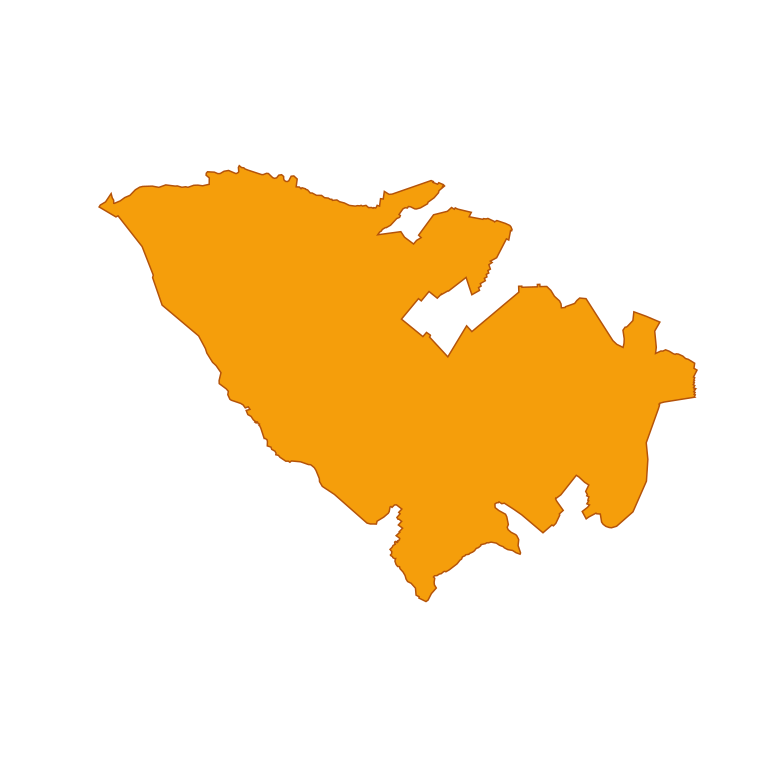 Tepeaca, Puebla, Mexico, rotated 279°
{"feature_id": "50627088B65762611280568", "entity_name": "Tepeaca", "entity_type": "district", "adm_level": 2, "iso_a3": "MEX", "parent_name": "Mexico", "parent_adm1": "Puebla", "projection": "robinson", "projection_center": [-97.879, 19.018], "detail": "fine", "context": "isolated", "style": "filled", "palette": "amber", "viewbox_px": 768, "rotation_deg": 279, "n_neighbors": 0, "source": "geoboundaries", "source_scale": "gbopen_adm2", "svg_char_len": 6159}
<svg xmlns="http://www.w3.org/2000/svg" viewBox="0 0 768 768"><g transform="rotate(279 384 384)"><path d="M497.3,538.6L502.5,534.2L505.8,529.5L504.6,522.8L506.8,522.3L506.3,519.9L504.0,520.4L501.1,505.1L502.2,504.8L501.6,501.7L495.8,502.8L449.5,462.6L454.4,456.5L420.8,442.8L437.5,421.6L439.0,422.3L439.6,422.0L441.6,417.9L436.9,415.0L450.8,391.1L473.7,404.7L471.9,407.8L482.4,414.0L477.1,423.2L481.7,426.5L481.3,426.7L485.9,432.5L485.9,433.2L502.1,448.4L485.9,456.8L491.4,463.7L494.0,462.3L495.9,464.6L498.2,463.4L501.9,467.9L504.1,466.6L505.9,468.9L508.3,467.9L510.0,470.1L512.3,468.8L514.1,471.1L518.3,468.9L520.9,471.8L522.0,469.8L526.3,475.5L546.5,482.2L545.7,484.7L555.4,485.0L555.3,486.1L556.6,486.3L559.2,484.7L560.3,483.4L561.6,478.8L563.1,469.9L561.4,467.8L561.9,467.3L563.8,460.7L563.0,459.0L562.9,456.3L562.1,455.9L562.5,441.9L567.2,443.4L568.3,429.4L569.1,426.8L567.6,426.1L568.9,423.1L564.5,419.6L558.9,406.5L536.4,394.9L534.4,397.8L530.9,393.7L526.9,391.3L532.2,381.3L537.1,376.8L530.4,354.4L533.5,356.0L534.7,357.5L536.3,358.1L538.6,360.7L538.8,361.8L541.8,365.6L549.4,370.7L551.0,373.3L552.9,373.8L553.8,372.3L559.9,375.3L561.4,377.2L561.5,379.6L563.1,380.3L563.2,382.5L561.8,386.9L561.9,388.5L563.7,392.5L568.8,398.8L570.4,399.0L575.8,404.4L581.4,407.9L583.6,408.1L589.6,413.3L587.9,410.9L590.2,411.5L591.4,406.6L589.7,405.7L590.8,400.8L591.7,401.1L592.3,398.7L572.8,362.3L572.1,359.3L574.3,354.2L566.6,354.3L566.5,351.6L559.0,351.8L559.4,349.3L557.0,348.6L556.5,348.1L556.6,346.3L555.9,345.8L556.4,344.0L555.8,341.2L557.6,338.3L556.4,334.9L556.9,333.4L556.2,332.3L556.0,329.8L555.2,327.9L555.0,321.8L556.6,316.5L557.1,311.6L558.4,308.7L557.3,304.3L558.3,303.6L558.0,302.0L558.9,299.9L558.7,296.2L560.5,292.8L559.8,287.8L561.4,283.2L561.1,281.3L563.7,278.2L564.0,276.3L564.5,276.0L565.0,272.3L563.9,271.5L565.3,269.6L565.0,266.4L572.9,266.2L575.4,262.4L574.7,259.8L569.9,258.2L568.9,257.0L568.7,255.3L569.6,253.6L570.7,252.9L573.3,252.4L574.7,250.1L573.8,247.4L570.8,245.7L570.0,243.6L570.4,241.8L573.8,236.9L573.7,235.0L571.9,231.9L571.7,230.3L574.0,216.1L574.7,213.0L575.6,211.7L575.5,209.5L577.0,206.9L575.1,206.3L571.1,207.3L570.2,207.0L568.9,205.5L568.7,204.6L570.6,197.1L569.1,192.7L566.2,189.2L565.8,186.9L566.7,183.3L566.0,176.5L564.4,175.5L562.4,175.6L560.2,179.2L553.9,180.1L551.4,173.8L551.3,169.1L550.5,165.0L547.6,159.6L547.8,157.3L546.7,153.6L547.3,148.9L546.8,146.8L546.5,137.3L543.0,130.9L543.2,124.2L541.4,114.8L540.2,111.9L536.9,108.0L530.6,103.6L527.6,98.8L523.6,94.8L520.2,89.4L520.2,88.8L523.3,88.2L525.3,86.5L529.4,84.7L520.3,80.5L516.4,75.8L514.3,74.9L507.1,93.1L508.5,95.0L481.9,123.6L455.4,139.1L452.9,138.8L427.2,152.5L402.5,193.4L391.0,202.1L386.8,204.2L378.6,211.3L375.9,215.3L369.7,221.2L361.6,220.6L358.6,221.2L354.5,229.0L352.4,231.4L349.0,231.4L344.8,234.2L344.1,235.7L342.4,245.5L341.3,248.1L338.7,250.7L340.2,253.5L338.0,255.6L336.3,252.0L332.5,254.3L331.2,257.8L328.2,260.5L326.8,262.9L326.2,262.4L325.5,263.8L326.7,264.4L326.7,265.0L325.1,265.9L324.9,267.3L323.5,267.1L323.4,267.7L321.0,269.3L311.4,274.2L311.6,275.2L310.6,277.2L308.8,277.9L304.6,278.4L304.0,282.2L301.9,283.3L300.6,286.8L298.8,288.2L297.2,288.2L297.0,290.9L295.3,292.8L292.4,299.1L292.8,301.6L292.0,303.3L293.5,304.6L294.1,313.8L292.6,322.0L292.8,324.2L292.1,325.5L290.5,328.2L288.1,330.3L280.5,334.9L277.5,335.6L273.2,339.1L267.2,352.3L244.0,388.9L243.6,392.3L244.5,398.4L247.4,398.6L252.5,404.6L257.1,408.5L258.8,409.1L263.4,409.2L264.1,410.0L263.4,411.2L266.2,413.3L266.6,415.2L263.3,421.2L259.5,418.6L258.3,420.2L254.2,417.6L252.6,419.0L252.8,419.9L251.1,422.9L247.0,420.2L244.5,424.9L240.4,422.1L240.0,422.8L236.1,419.7L234.0,423.7L232.4,423.6L231.4,422.1L230.0,421.2L230.0,422.2L229.4,421.7L230.3,420.0L230.0,419.5L228.8,419.3L227.5,420.2L225.9,418.2L224.0,417.6L221.6,415.8L219.7,417.9L217.3,418.0L216.2,417.1L215.7,417.3L214.9,419.3L213.9,419.9L213.1,421.9L213.4,422.8L210.8,422.5L207.7,424.1L205.9,426.0L206.0,427.9L204.1,428.7L201.3,432.2L198.1,434.8L194.8,436.3L192.6,438.2L191.4,442.0L187.3,447.0L180.5,448.7L179.3,452.0L178.0,452.0L175.7,459.5L177.4,461.3L184.4,463.6L190.7,467.6L193.5,465.2L196.2,464.5L200.0,464.5L201.1,463.1L202.5,463.9L203.1,466.4L204.9,468.3L205.6,470.2L208.1,472.4L208.5,473.5L208.2,474.5L210.6,477.5L217.8,484.3L221.9,486.6L223.2,488.0L225.5,488.5L227.0,490.8L228.1,491.4L229.1,494.5L230.0,495.0L231.9,497.9L233.5,499.5L236.0,500.8L237.2,502.9L239.5,504.9L240.5,504.9L242.2,509.2L243.3,510.3L243.4,511.8L244.6,514.5L244.4,519.9L242.8,523.3L241.9,527.4L241.1,528.3L239.8,532.1L239.7,537.0L238.0,540.8L237.2,545.0L238.5,545.3L245.4,541.7L251.3,541.4L252.3,540.8L255.0,538.8L255.8,537.7L257.4,532.8L259.6,529.3L261.8,528.1L264.6,528.8L271.9,526.1L274.4,524.4L277.0,517.2L279.3,513.1L282.8,512.3L284.4,513.9L284.6,515.4L285.6,516.0L284.2,519.0L285.1,521.5L280.6,531.7L276.4,540.4L261.9,564.3L271.0,571.9L270.4,573.5L273.2,575.5L282.0,578.1L283.1,577.5L287.2,580.8L295.3,572.9L297.4,571.4L298.1,571.5L297.9,571.8L302.2,576.0L323.9,588.2L322.7,591.0L318.2,597.7L316.3,602.1L309.4,600.0L306.7,602.1L305.3,601.7L304.6,604.0L301.1,603.5L300.7,604.4L297.4,603.1L296.7,605.9L294.0,604.3L289.1,599.7L282.4,604.8L284.7,607.1L289.6,613.6L289.1,614.3L289.4,618.0L281.7,620.5L279.7,622.4L278.1,625.4L277.5,628.8L277.6,631.2L279.9,636.0L296.7,649.9L329.1,658.4L350.8,656.4L367.0,652.2L402.5,658.9L405.9,659.4L407.1,658.8L407.4,659.5L408.2,659.5L410.0,663.5L419.6,693.0L419.9,692.5L422.0,693.1L422.3,691.9L424.4,692.6L424.8,691.1L427.0,692.2L427.4,691.4L428.1,692.5L428.8,690.3L431.1,691.2L431.7,689.5L433.8,690.3L434.2,689.4L436.2,690.1L436.5,689.3L438.8,689.9L439.3,688.6L446.7,691.0L448.0,687.7L453.1,687.6L456.0,680.6L456.3,677.9L458.3,674.8L459.6,670.1L459.5,667.8L458.8,667.0L459.2,665.0L461.0,660.6L461.8,656.8L460.1,654.2L459.9,652.3L456.6,647.4L462.8,647.2L478.6,643.1L488.3,646.8L491.9,632.3L494.4,619.5L485.6,619.9L479.3,615.6L478.1,614.5L477.9,613.3L474.5,611.6L466.2,614.2L461.7,614.7L457.5,614.4L459.6,607.7L462.7,603.2L499.9,570.2L499.5,563.8L496.6,561.4L493.4,559.7L488.7,551.1L487.9,551.0L487.0,547.3L490.8,546.3L493.5,544.4L497.3,538.6Z" fill="#f59e0b" stroke="#b45309" stroke-width="1.5"/></g></svg>